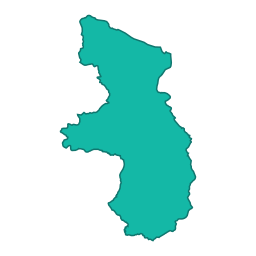 Pasaman, Sumatera Barat, Indonesia (Mercator projection)
{"feature_id": "22746128B82897046958257", "entity_name": "Pasaman", "entity_type": "district", "adm_level": 2, "iso_a3": "IDN", "parent_name": "Indonesia", "parent_adm1": "Sumatera Barat", "projection": "mercator", "projection_center": [100.034, 0.4], "detail": "fine", "context": "isolated", "style": "filled", "palette": "teal", "viewbox_px": 256, "rotation_deg": 0, "n_neighbors": 0, "source": "geoboundaries", "source_scale": "gbopen_adm2", "svg_char_len": 5828}
<svg xmlns="http://www.w3.org/2000/svg" viewBox="0 0 256 256"><path d="M176.1,224.5L176.3,223.8L175.5,222.6L175.2,221.7L175.5,221.1L177.1,220.6L178.2,219.2L179.0,218.9L182.0,218.9L183.1,218.7L184.4,218.2L185.9,217.3L187.2,215.6L188.5,210.7L190.2,209.1L191.8,208.4L192.4,207.3L190.7,205.2L190.1,202.6L188.0,198.8L187.6,197.3L189.6,194.1L189.4,192.9L188.7,192.1L188.6,191.4L188.7,190.4L189.4,189.4L189.5,188.6L189.4,186.4L190.3,184.6L190.3,183.5L190.5,183.2L191.1,182.9L192.9,180.8L193.9,180.1L195.0,178.9L195.4,177.7L195.5,176.7L193.4,171.3L192.2,170.0L191.3,168.1L191.2,166.3L190.6,164.7L191.2,160.7L189.5,158.3L188.3,155.9L187.5,155.8L188.1,153.7L188.4,153.2L187.4,152.8L186.0,150.1L186.3,148.9L188.5,146.9L190.5,142.9L191.2,142.2L191.2,141.7L190.3,140.8L190.3,140.5L191.3,139.2L191.4,138.6L190.0,137.9L189.4,137.4L189.2,136.6L189.8,135.9L189.7,135.4L188.4,135.2L188.0,134.4L187.0,133.6L186.6,132.9L185.7,132.5L184.7,131.5L184.3,130.7L184.2,128.7L182.9,127.8L182.4,127.9L181.7,128.3L181.1,127.3L180.7,126.8L180.0,126.6L179.2,125.9L174.9,120.8L174.4,120.0L174.1,118.7L174.3,118.0L175.3,118.0L175.3,117.8L172.9,115.6L172.5,114.9L172.1,113.7L171.6,113.4L171.4,112.7L170.5,111.8L170.2,111.3L170.1,110.5L170.4,110.2L170.5,110.3L170.7,110.2L170.8,109.6L171.3,108.9L171.2,107.8L170.2,107.0L168.6,106.4L167.7,105.5L166.6,105.1L165.5,103.2L165.3,102.2L165.4,101.2L166.5,100.8L168.4,99.6L170.2,97.9L170.3,96.8L169.6,95.6L167.3,93.7L165.3,92.9L163.9,92.6L162.9,92.9L161.9,92.5L161.3,92.9L160.7,93.0L160.0,92.5L158.3,92.3L157.4,91.2L156.6,89.4L157.0,85.9L157.7,83.6L158.2,79.9L158.9,77.7L160.2,76.2L161.0,75.7L161.8,74.5L162.1,74.5L162.2,74.0L162.5,73.9L165.3,69.6L170.2,67.3L170.9,66.0L171.3,62.7L170.7,55.8L170.7,54.0L169.0,53.2L167.1,52.8L166.1,51.9L165.7,52.1L164.8,53.5L164.3,53.5L163.5,53.0L162.0,51.5L160.4,47.2L155.1,47.0L147.6,44.6L144.0,42.3L134.0,38.9L131.3,37.4L125.2,33.1L119.7,30.3L117.9,29.5L117.4,29.9L116.7,30.0L114.8,29.3L113.5,29.0L112.2,28.1L111.5,28.4L110.2,27.9L108.8,25.9L108.8,24.8L108.5,23.9L106.7,21.6L104.4,20.8L97.5,19.9L95.4,19.0L95.4,18.5L94.9,17.9L93.6,17.7L91.2,16.6L90.7,15.9L89.0,15.4L87.6,15.7L85.7,17.7L84.7,17.8L84.0,18.2L82.1,18.6L80.6,20.0L79.9,21.3L79.9,22.0L80.4,23.4L82.2,27.8L82.3,31.6L81.4,34.6L81.5,34.8L82.6,35.4L83.0,36.0L83.3,37.5L82.8,39.7L83.5,41.2L83.3,42.3L82.6,43.6L83.0,44.5L82.8,45.4L83.3,46.1L83.2,47.6L82.7,48.2L80.8,48.6L80.5,49.0L80.6,50.0L79.9,51.6L78.9,52.6L78.7,53.4L79.7,57.8L80.9,59.4L80.7,61.1L79.9,62.2L83.5,64.7L84.8,65.2L86.2,65.1L88.0,64.6L92.0,63.9L92.8,64.3L93.7,66.0L94.4,66.6L94.8,66.6L96.3,65.7L97.1,65.7L97.7,65.9L98.0,66.2L98.3,69.4L99.0,71.4L98.8,72.6L99.8,74.0L100.0,75.0L100.9,76.3L100.8,76.7L97.4,77.2L97.2,77.7L97.5,78.1L98.8,78.8L100.4,80.2L99.8,81.9L99.8,82.4L101.3,82.7L101.6,82.9L101.8,83.9L102.1,84.2L104.3,85.2L105.9,87.3L106.7,88.9L108.5,90.3L108.8,92.4L109.6,93.4L109.7,93.7L109.6,95.6L108.6,97.1L107.8,99.0L106.4,100.4L106.8,101.2L108.5,102.2L108.8,102.8L108.1,103.0L107.5,103.5L105.5,103.6L103.3,105.0L101.4,106.6L100.9,107.4L99.8,108.5L99.1,109.9L97.0,111.9L96.2,112.3L95.2,112.5L93.7,112.3L92.4,113.0L91.3,113.2L90.0,112.7L88.7,113.6L87.1,113.6L86.2,113.9L85.7,113.8L84.0,112.5L81.2,115.0L77.6,114.5L77.8,115.5L79.6,118.2L79.8,118.9L79.8,121.8L78.7,124.2L77.9,124.8L76.5,125.0L73.7,124.4L73.0,124.5L72.4,125.0L71.9,125.2L69.7,124.1L68.2,123.8L68.0,124.0L67.8,124.4L67.9,126.2L67.6,127.3L67.4,127.7L66.4,128.3L63.6,128.3L62.0,128.6L61.4,130.3L60.5,131.2L60.6,131.9L61.2,132.5L62.0,132.6L64.6,134.6L66.0,135.2L66.3,135.4L66.4,136.3L67.1,136.9L67.9,137.2L67.6,138.5L67.0,139.2L64.2,140.0L63.3,141.8L62.8,142.2L62.5,143.1L63.0,145.7L63.4,146.4L64.5,147.2L66.1,148.0L66.5,147.8L68.1,146.2L69.0,145.6L70.3,145.6L70.6,146.0L70.7,148.7L71.0,149.8L72.0,150.5L75.5,150.3L77.9,149.3L78.6,148.5L79.6,148.8L80.5,148.7L83.7,149.5L84.9,150.6L85.3,151.5L86.3,152.0L87.9,152.0L89.3,151.2L90.6,150.8L91.0,150.4L93.8,149.3L98.3,149.3L99.5,150.0L101.5,150.4L101.4,150.5L101.7,150.8L102.6,151.0L102.7,151.6L103.5,151.7L104.7,151.7L105.3,152.0L106.7,152.0L107.6,153.1L108.5,153.0L108.5,153.4L109.3,153.6L109.3,154.1L110.3,154.4L110.4,155.1L112.9,155.0L113.4,155.2L114.7,154.1L115.3,154.0L115.7,154.6L117.1,155.2L120.3,155.7L120.2,156.4L120.7,157.4L120.9,158.6L121.4,158.6L122.4,159.1L122.8,159.6L123.5,159.8L124.1,162.6L124.3,164.4L124.0,166.5L123.0,169.1L120.5,173.2L119.8,175.1L120.1,177.6L120.7,179.1L120.5,180.5L121.1,182.2L121.1,183.0L120.4,184.6L120.1,187.7L119.9,188.6L118.9,191.0L118.0,192.1L117.4,194.1L117.0,194.7L116.7,194.7L116.5,195.3L116.2,195.5L115.9,196.9L116.2,197.0L115.5,197.3L114.5,198.2L113.4,199.6L113.4,200.2L111.9,201.0L110.1,202.4L108.5,202.9L108.3,203.6L109.0,205.5L110.0,206.4L110.2,207.1L111.0,208.0L112.1,210.1L113.1,210.1L113.9,210.6L115.3,212.2L116.5,214.1L117.0,214.5L118.1,215.1L119.0,215.1L119.8,215.3L120.8,217.2L120.8,218.3L122.0,220.1L122.3,220.3L123.1,220.2L125.5,222.2L126.4,222.2L126.7,222.9L127.5,223.3L128.0,224.0L128.2,224.5L127.8,225.4L127.9,226.4L127.1,226.1L125.9,227.4L125.7,227.0L125.4,227.1L125.3,227.4L125.6,228.1L125.1,228.2L124.9,228.9L124.3,229.7L124.5,230.8L124.9,230.2L125.5,230.9L125.6,231.5L124.9,231.8L125.1,232.6L125.8,234.2L125.6,234.5L125.8,234.8L126.2,234.8L127.1,235.2L128.7,234.8L130.2,235.1L131.1,235.5L133.2,235.5L134.4,235.3L135.2,234.7L136.5,234.7L137.5,234.0L138.4,234.4L139.0,234.5L139.8,234.2L140.4,233.6L141.2,233.6L142.8,234.4L142.7,235.0L143.1,235.6L144.4,236.0L144.6,237.6L144.9,237.7L145.6,237.9L147.4,237.7L148.6,239.5L149.9,239.2L150.8,239.4L152.3,240.4L153.0,240.6L153.4,239.9L154.3,239.0L155.3,238.5L156.5,237.2L157.3,237.2L159.1,237.4L159.3,237.0L164.4,234.0L165.2,233.3L165.7,233.2L167.1,232.2L170.0,230.6L170.6,230.7L171.6,231.2L172.8,231.4L173.2,231.1L173.6,230.6L174.8,230.0L175.2,229.5L175.5,228.7L175.4,226.0L176.1,224.5Z" fill="#14b8a6" stroke="#0f766e" stroke-width="1.5"/></svg>